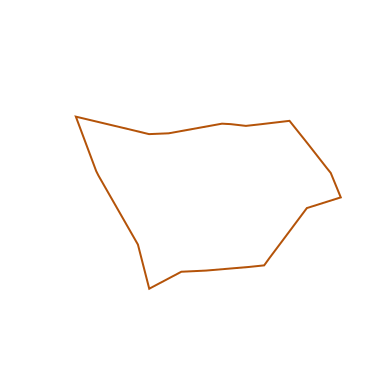 Frei Paulo, Sergipe, Brazil (Natural Earth projection), rotated 295°
{"feature_id": "56859067B9172708729961", "entity_name": "Frei Paulo", "entity_type": "district", "adm_level": 2, "iso_a3": "BRA", "parent_name": "Brazil", "parent_adm1": "Sergipe", "projection": "natural_earth1", "projection_center": [-37.581, -10.508], "detail": "fine", "context": "isolated", "style": "outline", "palette": "amber", "viewbox_px": 384, "rotation_deg": 295, "n_neighbors": 0, "source": "geoboundaries", "source_scale": "gbopen_adm2", "svg_char_len": 474}
<svg xmlns="http://www.w3.org/2000/svg" viewBox="0 0 384 384"><g transform="rotate(295 192 192)"><path d="M86.3,194.1L115.2,216.0L126.7,237.9L148.2,275.4L156.0,288.4L164.9,290.1L180.1,293.3L226.0,302.9L250.0,329.1L267.9,309.7L270.7,304.0L276.5,292.6L284.9,276.1L297.7,250.3L282.3,225.4L274.7,212.9L269.9,198.5L266.6,190.3L235.3,146.0L226.3,128.6L222.0,107.3L211.2,54.9L170.5,96.3L167.4,100.2L121.5,165.2L86.3,194.1Z" fill="none" stroke="#b45309" stroke-width="2"/></g></svg>